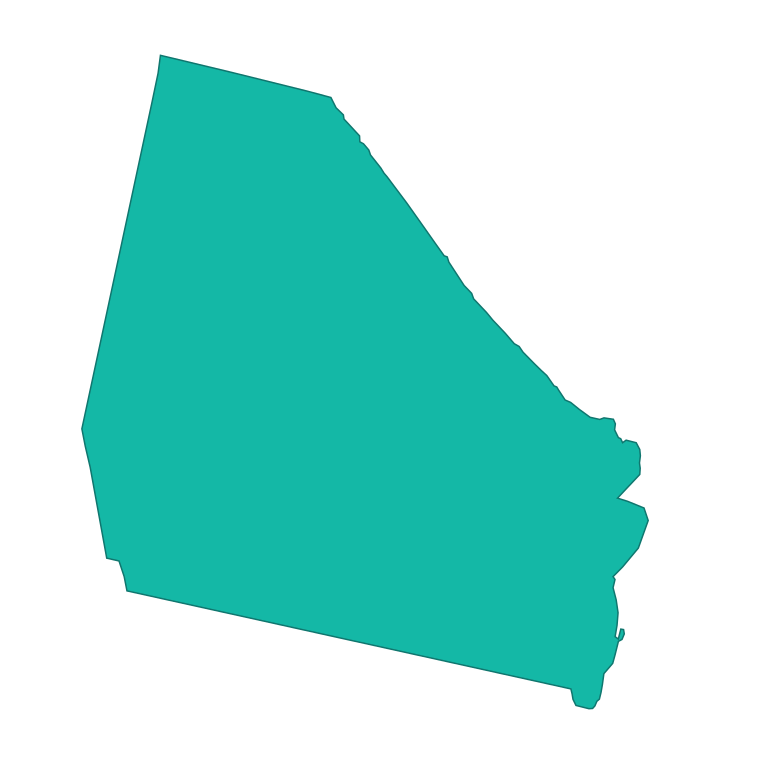 the district of N'Gourti, Diffa, Niger, rotated 282°
{"feature_id": "23599985B32057380818540", "entity_name": "N'Gourti", "entity_type": "district", "adm_level": 2, "iso_a3": "NER", "parent_name": "Niger", "parent_adm1": "Diffa", "projection": "orthographic", "projection_center": [13.567, 16.185], "detail": "fine", "context": "isolated", "style": "filled", "palette": "teal", "viewbox_px": 768, "rotation_deg": 282, "n_neighbors": 0, "source": "geoboundaries", "source_scale": "gbopen_adm2", "svg_char_len": 1379}
<svg xmlns="http://www.w3.org/2000/svg" viewBox="0 0 768 768"><g transform="rotate(282 384 384)"><path d="M120.5,660.2L127.5,660.4L135.7,660.1L146.4,659.3L158.3,665.8L166.8,666.3L181.0,666.8L183.6,669.9L189.5,671.0L193.6,669.4L193.5,666.6L183.3,666.2L184.9,662.6L196.5,662.1L208.9,660.5L221.1,656.0L232.4,650.4L240.8,650.6L243.2,648.1L254.8,655.5L276.4,666.9L305.4,670.8L316.8,664.1L317.2,661.6L319.9,646.6L320.9,636.1L348.7,653.0L354.9,652.1L359.9,650.3L367.1,649.7L373.1,647.8L379.0,642.9L379.4,632.5L376.2,629.6L379.7,626.9L380.3,624.4L387.1,619.1L393.1,618.6L397.2,615.7L396.6,606.2L394.2,602.4L394.3,592.5L399.8,580.2L404.8,570.4L406.0,564.5L414.5,555.9L417.0,553.6L417.5,550.7L426.1,541.5L430.0,534.9L435.2,526.7L444.0,513.4L448.8,508.4L450.5,503.0L458.8,492.1L469.0,477.3L475.2,469.5L485.9,454.0L490.9,450.9L497.0,441.9L516.7,422.1L521.5,419.4L521.9,416.2L532.9,404.2L548.1,387.8L565.8,368.6L578.1,354.5L587.3,344.0L590.2,340.2L594.6,336.0L605.2,323.2L609.7,320.5L614.7,314.0L615.9,310.0L621.6,308.5L634.8,289.8L638.8,288.3L644.2,279.7L653.2,272.5L654.5,248.0L657.1,170.7L659.0,97.0L641.0,98.4L611.7,98.5L277.3,97.8L261.1,104.7L241.5,113.9L156.0,149.0L155.8,161.6L141.6,169.9L128.2,175.6L124.6,630.2L120.0,632.4L114.9,634.4L109.5,638.6L109.0,652.0L110.0,655.5L112.9,657.2L117.9,658.2L120.5,660.2L120.5,660.2Z" fill="#14b8a6" stroke="#0f766e" stroke-width="1.5"/></g></svg>